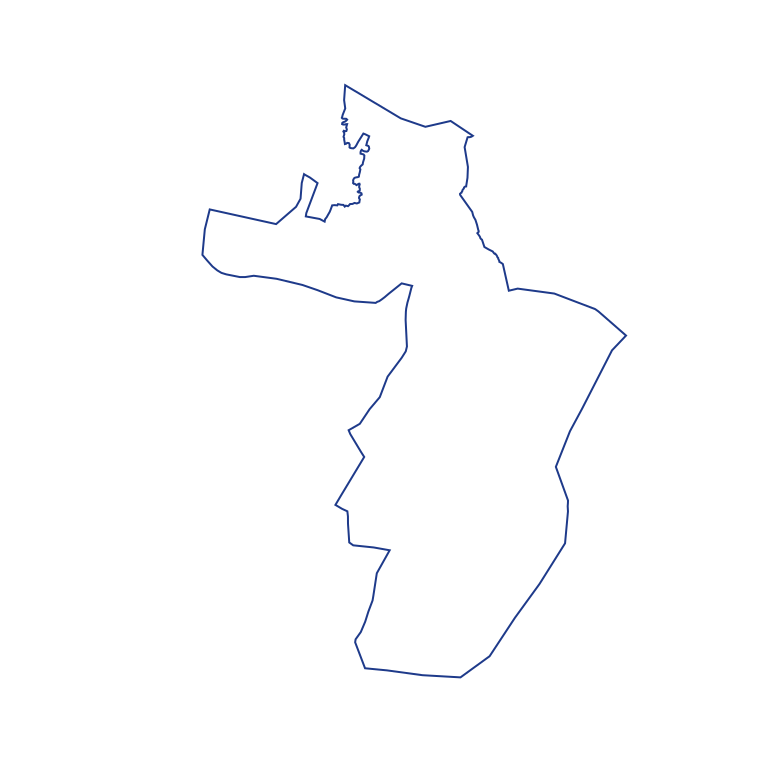 outline of Jega, Kebbi, Nigeria, rotated 24°
{"feature_id": "59680162B13498430232382", "entity_name": "Jega", "entity_type": "district", "adm_level": 2, "iso_a3": "NGA", "parent_name": "Nigeria", "parent_adm1": "Kebbi", "projection": "orthographic", "projection_center": [4.336, 12.103], "detail": "fine", "context": "isolated", "style": "outline", "palette": "blue", "viewbox_px": 768, "rotation_deg": 24, "n_neighbors": 0, "source": "geoboundaries", "source_scale": "gbopen_adm2", "svg_char_len": 3813}
<svg xmlns="http://www.w3.org/2000/svg" viewBox="0 0 768 768"><g transform="rotate(24 384 384)"><path d="M614.2,455.9L603.9,425.6L601.5,420.9L600.5,418.1L599.5,415.6L574.7,389.8L573.1,351.5L575.0,326.2L578.6,260.5L585.4,241.3L550.4,230.5L546.5,229.7L546.4,229.7L502.8,232.1L467.3,242.5L460.1,248.0L443.8,226.1L443.0,225.9L442.0,225.7L440.4,225.5L439.7,225.5L439.2,224.6L437.4,223.1L437.0,222.4L436.1,222.1L435.5,221.4L434.6,220.7L433.5,220.1L432.7,220.1L432.5,219.7L431.5,219.9L429.4,218.7L424.9,218.5L420.0,218.0L419.0,216.9L414.8,212.3L414.3,212.2L414.1,212.2L413.8,212.1L413.6,212.0L413.3,211.9L413.0,211.7L412.7,211.5L412.5,211.4L412.3,211.1L412.0,210.7L411.7,210.5L411.2,210.1L409.0,208.8L407.9,208.2L408.5,206.6L408.6,206.4L408.0,205.4L407.5,205.0L404.2,200.7L400.8,196.9L398.3,195.1L396.8,193.7L394.6,190.9L377.0,180.5L376.5,180.1L376.1,179.4L376.5,178.3L377.0,177.7L376.9,176.7L377.1,176.0L376.9,175.3L376.9,174.4L377.3,173.3L377.4,172.8L377.2,172.1L377.4,171.3L377.7,170.8L378.2,170.4L378.7,170.1L378.5,169.5L376.4,161.7L372.4,151.6L361.3,134.8L360.0,124.6L360.5,124.2L361.2,123.9L361.9,123.7L362.5,123.2L363.1,122.7L363.5,122.2L364.2,121.1L337.9,116.6L317.2,132.2L291.3,134.5L227.0,126.8L232.1,140.9L236.5,148.0L236.8,155.0L237.1,156.6L237.2,158.0L238.1,158.4L239.2,158.1L240.5,157.5L241.7,157.1L242.8,157.5L242.4,158.8L241.6,160.2L240.2,161.5L239.7,162.5L240.0,163.6L241.2,163.6L242.7,162.9L243.6,162.1L244.6,161.6L245.1,165.0L246.5,166.5L246.7,168.2L245.7,168.9L244.3,169.0L244.2,169.9L245.3,170.5L246.2,172.1L246.5,174.7L247.6,175.5L248.3,177.1L249.7,179.1L250.7,180.7L251.7,179.9L252.3,178.7L253.9,178.2L255.2,179.2L256.3,181.9L257.2,182.1L258.8,181.7L260.2,181.2L261.2,179.5L261.6,177.6L261.9,173.3L263.3,163.6L265.4,163.5L269.7,163.7L269.9,165.8L270.0,169.1L270.7,173.1L272.9,172.9L273.7,173.4L274.8,175.0L274.8,176.3L274.7,177.7L273.9,178.7L271.5,179.4L269.8,179.5L268.4,179.1L268.1,180.0L268.1,180.9L268.4,182.1L268.9,183.1L269.9,182.9L271.9,182.6L273.1,183.2L273.5,184.3L274.2,186.1L274.4,187.8L274.7,190.2L275.2,192.1L274.4,193.7L273.9,195.3L273.9,196.7L275.1,197.5L275.4,198.8L275.8,200.6L276.1,202.7L276.7,204.8L275.9,205.7L274.6,206.5L273.2,207.7L272.9,209.0L272.9,210.4L273.7,211.7L274.0,213.0L274.9,213.4L275.8,213.0L276.9,213.2L278.0,213.5L278.7,212.5L279.4,211.4L280.1,211.0L280.6,211.5L280.8,213.1L281.3,214.4L282.4,215.3L283.1,216.9L282.8,218.0L282.1,218.4L281.9,219.1L282.8,219.4L283.6,219.1L284.7,218.8L285.9,219.0L286.6,220.1L285.8,221.1L285.2,222.3L285.3,223.7L285.8,224.6L286.8,225.1L287.6,228.2L285.8,230.1L283.4,230.6L282.0,232.3L279.8,233.4L279.4,234.8L278.8,236.2L276.6,236.6L276.0,237.9L274.1,236.9L271.9,237.7L268.8,238.4L268.7,239.8L266.1,240.7L264.0,241.9L264.1,243.3L264.3,246.0L264.4,248.8L264.0,252.7L263.8,255.0L263.2,257.3L263.7,259.8L258.1,259.4L244.4,262.7L243.5,259.4L241.6,227.5L232.3,225.5L226.7,225.0L225.6,224.8L227.1,233.8L232.4,248.7L231.6,257.9L220.4,281.8L153.8,295.4L157.4,315.6L165.6,339.9L172.2,343.1L179.5,346.4L185.4,348.0L190.3,348.6L195.3,348.0L209.0,344.9L213.8,342.7L221.0,338.1L243.0,331.6L269.2,326.7L285.2,325.3L305.1,324.3L323.3,320.6L343.4,313.3L344.4,311.7L345.9,310.3L347.6,307.5L349.3,304.4L351.6,299.6L359.2,284.9L369.8,282.9L369.9,285.0L370.4,287.9L371.3,293.1L371.8,296.4L372.3,300.1L373.6,306.1L374.6,309.1L377.7,316.7L389.7,340.4L390.6,345.3L389.5,352.8L384.3,375.8L385.5,397.7L381.1,412.8L378.1,430.2L370.5,440.6L373.6,443.5L390.9,455.6L395.6,458.7L390.1,503.1L388.8,514.2L396.5,515.1L402.3,515.2L404.9,519.6L407.9,526.2L416.7,542.9L421.5,543.9L441.1,537.5L456.8,533.6L454.4,559.8L460.5,582.1L461.6,586.4L462.3,598.3L463.5,608.8L463.7,620.0L461.9,628.8L462.7,631.7L482.1,651.2L482.3,651.4L503.2,644.4L537.5,634.4L573.2,620.9L591.2,589.7L598.7,544.3L607.4,503.4L614.2,455.9Z" fill="none" stroke="#1e3a8a" stroke-width="2"/></g></svg>